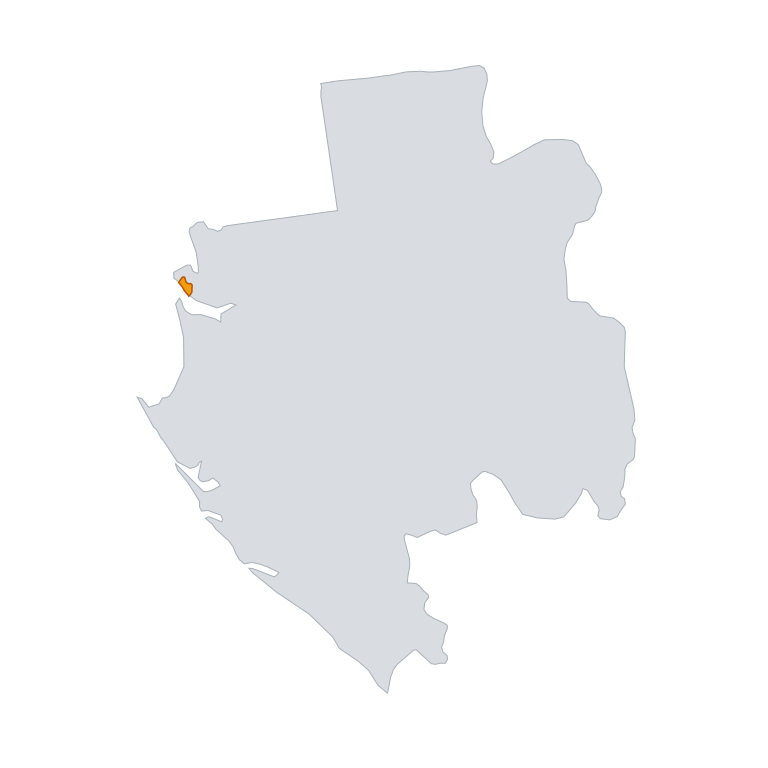 Libreville, Estuaire, Gabon (highlighted), rotated 352°
{"feature_id": "22940354B47630022104782", "entity_name": "Libreville", "entity_type": "district", "adm_level": 2, "iso_a3": "GAB", "parent_name": "Gabon", "parent_adm1": "Estuaire", "projection": "natural_earth1", "projection_center": [9.457, 0.451], "detail": "fine", "context": "in_parent", "style": "filled", "palette": "amber", "viewbox_px": 768, "rotation_deg": 352, "n_neighbors": 0, "source": "geoboundaries", "source_scale": "gbopen_adm2", "svg_char_len": 3886}
<svg xmlns="http://www.w3.org/2000/svg" viewBox="0 0 768 768"><g transform="rotate(352 384 384)"><path d="M529.0,91.2L528.6,98.1L521.8,115.0L518.7,128.0L517.9,141.9L519.7,153.0L523.0,161.0L525.1,169.6L523.5,175.7L520.2,178.2L522.5,181.3L527.4,182.0L535.8,179.4L548.6,174.8L565.5,168.1L576.6,164.5L594.9,166.7L604.7,169.3L609.7,174.0L615.1,193.9L617.8,196.9L622.2,205.3L625.9,215.5L626.7,220.7L626.3,224.4L622.6,229.9L618.4,238.0L616.9,242.8L613.4,246.5L609.0,250.1L596.7,251.5L594.9,253.6L591.4,262.2L585.0,269.5L582.1,276.4L579.5,285.6L580.0,297.0L578.7,313.4L577.4,324.5L580.6,328.3L595.2,331.0L598.1,333.2L601.9,340.1L606.9,346.5L620.3,350.6L625.5,355.5L629.7,361.0L630.3,365.4L627.2,383.2L624.3,400.3L625.4,413.3L626.5,425.7L628.1,443.8L627.4,454.8L623.6,461.5L623.6,466.8L625.3,473.2L622.0,490.8L619.8,493.8L613.8,497.0L610.7,501.8L609.6,509.2L606.4,519.4L603.1,523.1L603.1,527.8L606.3,531.3L606.2,536.6L600.2,542.9L596.6,547.7L588.7,550.0L579.5,547.5L577.4,544.0L579.6,538.6L578.8,534.2L575.7,529.6L570.8,517.8L566.5,515.3L564.1,520.1L556.7,529.1L543.6,540.6L534.4,541.6L517.5,538.0L503.3,532.5L496.6,519.0L492.4,507.9L486.4,494.9L479.6,488.8L472.3,484.8L469.1,484.6L458.7,491.8L455.6,494.6L455.6,500.7L456.6,506.3L458.2,509.1L459.5,512.7L459.3,518.3L457.4,525.9L456.8,534.2L424.2,542.3L418.6,539.4L414.5,535.6L409.6,536.3L395.5,540.6L390.3,537.6L385.1,535.4L382.8,537.2L382.5,540.8L384.9,560.4L384.2,567.8L381.0,577.5L379.3,584.2L388.0,586.0L391.1,589.1L394.1,594.0L398.3,598.6L398.6,601.4L393.8,606.5L392.2,612.8L394.4,617.7L400.3,622.9L408.9,628.2L413.1,631.7L412.7,634.9L408.7,641.7L407.2,647.5L404.4,652.7L405.0,657.5L408.8,661.9L408.4,665.9L405.8,669.0L400.5,668.3L395.9,668.8L391.9,667.5L379.2,652.0L376.4,651.6L358.0,663.5L353.4,668.4L349.7,675.4L344.5,690.6L336.2,681.8L329.0,665.6L320.6,655.6L302.9,639.5L298.2,627.7L277.9,601.5L248.8,575.4L227.8,552.8L224.6,547.7L228.1,548.4L248.5,559.7L251.2,558.4L253.6,555.9L244.8,549.9L236.4,545.3L228.6,542.4L220.7,542.6L216.3,537.8L213.4,530.5L212.0,524.3L208.5,517.8L197.3,504.4L194.6,499.2L188.5,492.1L192.3,491.1L204.2,497.9L205.3,495.2L204.2,491.2L192.2,484.8L185.7,484.4L184.2,479.9L185.1,474.6L176.5,455.1L167.6,440.4L166.2,433.5L190.2,465.3L193.5,465.9L197.7,465.6L207.7,462.0L205.8,457.8L201.3,453.2L196.9,455.3L191.2,455.7L188.3,453.8L186.9,450.5L192.6,435.1L190.2,435.8L188.3,438.6L185.2,439.9L180.4,440.7L168.6,432.4L158.1,410.1L155.3,405.5L152.5,397.7L149.8,394.5L137.7,362.7L142.4,365.0L147.8,374.3L158.5,372.3L162.6,367.0L166.3,367.2L170.0,366.0L174.7,360.9L188.3,339.0L192.0,310.1L190.8,293.0L188.8,275.9L193.3,270.5L195.1,274.1L196.0,280.2L198.1,284.6L203.0,288.6L212.0,289.7L226.0,296.0L231.0,300.0L232.3,292.0L248.4,285.2L243.6,282.7L229.3,285.4L209.6,275.2L203.1,268.7L197.1,256.4L190.7,250.0L191.2,244.2L205.3,238.8L209.0,239.4L210.5,245.8L214.3,248.4L215.7,247.5L216.4,242.1L216.4,227.5L212.1,206.6L213.4,202.6L217.3,201.2L220.7,198.4L223.1,197.9L227.9,198.4L230.3,203.3L231.6,205.9L236.4,207.1L240.4,209.7L243.8,209.0L246.6,206.0L250.7,205.4L263.6,205.4L275.2,205.5L298.4,205.6L321.5,205.7L344.7,205.7L362.1,205.8L362.1,193.9L362.0,175.5L361.9,153.7L361.8,132.8L361.7,113.5L361.5,90.7L362.5,84.1L363.6,81.4L363.2,77.6L381.2,77.4L413.6,79.0L427.8,78.8L431.8,79.1L449.5,78.0L463.9,79.4L470.0,81.0L475.5,81.8L492.7,82.8L515.1,81.6L522.8,81.9L527.0,85.1L529.0,91.2Z" fill="#d9dde1" stroke="#a8b0b8" stroke-width="1"/><path d="M203.0,269.9L205.0,268.1L206.1,266.8L206.7,265.5L206.9,264.0L207.1,262.8L207.4,261.4L207.7,259.9L207.6,259.0L207.1,258.1L206.1,257.6L205.1,257.6L203.8,257.1L203.0,256.6L202.4,255.8L201.9,254.4L201.8,253.2L201.6,251.4L201.4,250.5L199.9,250.0L198.8,250.6L197.7,251.6L196.1,253.4L194.8,255.0L195.5,256.1L196.2,257.1L196.9,258.4L197.6,259.5L198.2,260.9L198.8,262.4L199.5,264.1L200.6,265.7L201.5,267.2L202.5,268.8L203.0,269.9Z" fill="#f59e0b" stroke="#b45309" stroke-width="1.5"/></g></svg>